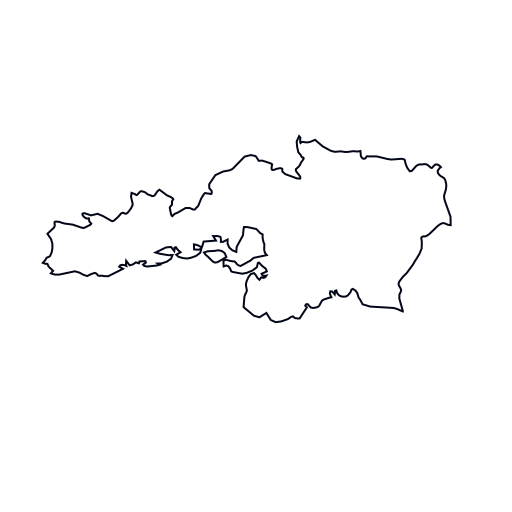 the Province of Holguín, rotated 161°
{"feature_id": "CUB-1367", "entity_name": "Holguín", "entity_type": "Province", "adm_level": 1, "iso_a3": "CUB", "parent_name": "Cuba", "parent_adm1": "", "projection": "robinson", "projection_center": [-75.695, 20.824], "detail": "fine", "context": "isolated", "style": "outline", "palette": "ink", "viewbox_px": 512, "rotation_deg": 161, "n_neighbors": 0, "source": "natural_earth", "source_scale": "10m", "svg_char_len": 6108}
<svg xmlns="http://www.w3.org/2000/svg" viewBox="0 0 512 512"><g transform="rotate(161 256 256)"><path d="M135.3,155.8L140.0,160.1L142.9,162.1L164.5,171.0L170.9,175.6L171.8,181.2L172.5,183.1L172.3,188.1L173.2,190.9L175.2,193.4L176.6,193.2L178.6,190.9L181.9,188.9L184.1,188.4L187.0,189.2L189.1,190.5L190.5,192.2L191.3,194.4L191.3,197.3L192.6,197.3L193.0,196.2L194.1,194.0L195.5,197.6L197.2,198.4L198.4,196.5L198.2,192.4L200.0,192.7L205.4,192.8L207.9,192.4L209.2,191.4L212.4,188.4L214.1,187.7L216.6,187.8L219.2,188.4L221.1,189.6L222.8,193.7L224.5,194.0L225.6,193.0L224.6,190.9L235.0,182.8L236.1,183.0L239.2,184.5L239.8,185.2L240.7,186.9L242.6,187.0L246.2,186.0L253.2,185.9L258.9,187.0L262.9,190.7L264.7,198.8L272.7,196.9L277.4,200.2L284.4,211.7L280.2,221.3L279.0,222.9L276.8,225.0L275.9,226.3L275.6,227.8L275.1,231.3L274.7,232.7L273.0,235.3L270.1,238.4L266.8,240.6L263.5,240.5L262.5,238.3L261.7,234.7L260.5,232.4L257.9,234.1L256.3,233.0L254.9,232.8L253.7,233.2L252.5,234.1L254.2,234.4L255.4,234.9L256.2,235.8L256.5,237.4L250.8,237.9L250.9,240.8L253.5,244.8L255.3,248.8L256.5,248.8L258.8,245.1L264.2,243.4L270.3,243.1L274.7,243.7L283.1,248.4L284.4,249.5L284.6,252.8L285.5,255.3L287.2,256.7L290.0,256.7L288.3,262.2L285.5,262.2L282.2,259.9L279.5,258.4L278.0,257.8L277.3,256.4L276.8,254.8L276.0,253.3L274.5,252.0L273.8,251.6L262.7,253.5L258.8,255.0L245.5,253.3L246.5,256.0L246.3,259.0L244.2,264.7L244.4,266.1L244.2,269.0L243.6,271.8L242.7,274.3L244.6,276.3L246.9,281.4L254.8,286.2L257.9,287.3L259.3,284.9L261.6,279.8L271.3,270.9L273.3,266.3L276.5,269.1L278.5,272.7L278.9,276.7L277.5,280.8L282.7,280.1L284.6,280.8L283.7,283.3L283.4,285.6L285.5,287.2L290.0,288.8L288.8,283.6L300.8,286.7L303.9,282.4L305.2,282.4L306.2,283.7L307.5,285.0L309.1,286.2L310.9,287.2L312.4,282.4L309.0,280.9L307.3,280.6L305.2,280.8L307.7,277.2L312.6,275.6L317.9,275.5L321.8,276.0L325.4,277.6L329.6,280.5L331.0,283.2L326.1,284.1L327.9,287.2L328.9,290.4L330.3,290.4L330.5,289.4L331.7,287.2L333.4,292.2L338.4,293.4L349.8,292.0L346.3,289.5L338.6,285.3L334.6,284.1L337.2,281.1L342.1,279.7L347.5,279.7L351.2,280.8L349.8,279.1L352.9,279.3L362.4,281.5L364.9,283.0L365.6,284.6L362.3,285.6L362.3,287.2L368.0,288.8L368.3,288.3L368.6,287.7L369.2,287.2L371.6,289.1L375.1,288.1L378.5,288.3L380.3,293.7L381.7,290.4L381.8,288.8L383.7,290.4L385.6,291.3L387.3,291.4L388.8,290.4L385.9,287.2L402.2,285.0L406.2,286.4L408.1,287.6L410.2,288.1L411.8,289.0L412.5,291.2L413.9,292.5L417.2,292.6L422.2,292.0L425.5,294.6L428.4,297.8L432.2,300.5L448.2,302.5L452.4,304.0L455.6,306.4L453.5,307.6L452.7,308.0L455.6,313.6L455.7,316.2L456.2,316.8L457.1,316.9L458.4,317.7L459.8,318.9L457.2,320.3L454.5,322.5L453.9,322.6L451.5,322.7L450.7,323.1L449.2,324.6L448.1,325.9L446.7,328.2L445.7,330.4L444.5,334.1L444.3,338.7L446.0,344.9L437.8,348.6L436.7,349.7L436.0,351.4L435.8,352.7L435.5,353.5L434.7,353.9L433.4,353.5L430.7,352.2L428.6,350.5L426.4,349.0L419.0,345.3L412.1,339.9L410.2,338.7L408.3,338.6L402.8,339.4L401.7,339.8L401.2,340.3L402.3,342.8L402.3,343.4L401.9,345.0L401.8,346.1L403.7,346.4L404.9,347.5L405.6,348.5L406.4,350.2L406.6,350.9L406.6,351.5L406.4,352.4L405.6,352.6L404.2,352.3L398.7,348.1L392.1,347.5L387.6,343.5L381.8,336.9L380.6,335.7L379.5,335.6L378.2,335.9L373.5,337.9L369.8,340.1L368.5,340.3L367.5,340.1L365.8,338.5L364.8,338.3L363.4,338.6L358.8,341.6L356.1,344.3L355.6,345.6L354.9,352.6L353.1,356.2L350.1,353.8L349.8,353.1L349.1,352.5L348.3,352.6L344.6,354.6L343.7,354.7L342.8,354.3L341.0,353.1L339.6,351.7L338.7,350.0L337.5,348.8L335.6,347.4L334.8,346.5L333.4,346.1L331.9,346.4L328.0,349.4L325.7,350.1L320.4,342.3L317.2,339.3L315.9,337.4L315.7,336.6L317.3,335.4L317.8,334.6L318.3,333.0L318.7,332.1L319.2,331.5L321.3,330.4L321.7,330.0L322.0,328.9L322.7,323.2L322.6,321.6L322.1,320.9L320.3,321.9L319.2,322.2L318.4,322.4L315.9,322.5L307.0,324.3L303.2,323.0L300.0,320.2L298.9,319.9L298.0,320.1L297.3,320.7L296.5,321.2L295.3,321.6L293.9,322.6L293.1,323.6L289.1,328.2L286.0,330.8L284.5,331.8L283.6,332.1L281.0,330.6L279.7,330.1L278.2,329.2L277.7,329.5L277.2,330.3L276.9,331.3L276.8,332.0L277.0,332.7L278.1,335.3L276.9,339.1L268.1,345.7L259.5,346.6L253.0,345.6L250.7,345.8L249.1,346.3L234.4,353.7L228.0,353.1L224.6,351.1L223.8,350.4L223.3,348.9L222.4,345.1L219.1,344.2L213.1,339.7L211.5,338.3L210.9,337.4L211.6,336.2L212.7,334.1L212.9,332.5L212.3,331.9L211.0,331.6L208.5,331.7L204.9,331.3L203.4,330.6L202.8,329.7L203.6,327.3L201.7,323.9L192.1,316.1L189.3,314.8L188.8,315.0L188.4,316.5L188.9,318.5L190.3,322.3L190.5,323.9L190.0,325.1L186.3,326.7L185.3,327.4L182.7,329.9L179.6,332.1L179.1,332.9L179.2,333.6L179.9,333.9L180.5,334.6L180.8,336.8L182.2,340.3L181.6,345.6L180.4,350.6L180.0,351.3L176.2,355.3L175.5,353.5L177.0,349.8L177.2,348.8L177.1,348.3L176.1,348.7L175.2,348.8L174.1,348.4L172.3,347.4L170.7,346.8L169.0,346.4L167.2,346.3L162.3,346.6L157.3,338.0L151.3,331.4L149.1,329.8L147.4,328.8L141.9,327.4L137.8,325.3L135.2,324.5L130.1,323.5L125.6,321.6L123.1,321.3L124.3,316.3L124.1,315.1L123.5,313.6L122.7,313.0L121.5,312.6L120.5,312.9L119.0,314.1L118.3,314.1L116.6,313.3L109.5,310.9L100.1,304.9L96.5,303.1L87.0,300.6L85.1,299.6L84.2,298.8L84.2,297.8L84.5,294.3L84.4,291.6L84.2,289.8L83.0,286.0L80.8,285.8L75.3,288.9L73.3,289.4L71.3,289.3L69.8,288.7L66.8,288.0L65.2,287.3L63.9,286.0L62.0,282.6L61.3,282.1L60.7,282.1L58.7,283.3L56.7,284.1L55.2,283.7L54.1,282.9L53.2,281.7L52.2,279.9L54.2,279.1L56.2,277.6L56.8,276.6L56.9,275.1L56.2,272.8L55.1,271.2L52.9,268.5L52.5,267.2L52.4,265.4L52.7,262.3L53.3,260.2L54.8,257.1L58.5,251.9L59.2,249.6L59.5,246.4L59.3,229.8L61.9,221.8L64.3,223.0L66.4,224.9L67.5,225.8L68.4,226.2L69.6,226.3L71.0,226.2L74.3,225.3L85.0,220.3L87.7,219.6L89.6,219.4L90.8,219.9L91.8,220.1L93.2,219.9L93.9,219.2L94.5,215.7L96.9,209.2L100.7,204.9L105.8,200.6L106.9,199.9L110.2,196.9L119.2,190.7L123.6,188.7L129.1,185.0L130.2,183.4L130.5,181.9L129.8,177.8L129.9,176.3L131.0,174.8L131.8,174.0L132.8,173.2L134.3,169.3L135.1,156.1L135.3,155.8ZM296.9,263.1L298.7,264.9L301.6,270.8L303.2,273.5L304.0,276.3L300.2,276.2L293.4,274.3L289.8,273.7L286.6,271.8L284.6,268.8L284.4,264.7L294.4,262.7L296.9,263.1Z" fill="none" stroke="#020617" stroke-width="2"/></g></svg>